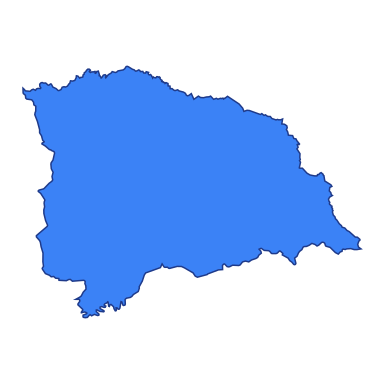 EA Hleo, Đắk Lắk, Vietnam (Mercator projection)
{"feature_id": "81297802B9030212335391", "entity_name": "EA Hleo", "entity_type": "district", "adm_level": 2, "iso_a3": "VNM", "parent_name": "Vietnam", "parent_adm1": "Đắk Lắk", "projection": "mercator", "projection_center": [108.186, 13.232], "detail": "fine", "context": "isolated", "style": "filled", "palette": "blue", "viewbox_px": 384, "rotation_deg": 0, "n_neighbors": 0, "source": "geoboundaries", "source_scale": "gbopen_adm2", "svg_char_len": 5793}
<svg xmlns="http://www.w3.org/2000/svg" viewBox="0 0 384 384"><path d="M260.4,114.5L249.3,110.5L247.0,110.3L243.9,111.4L242.7,108.2L239.1,104.0L227.5,96.3L224.8,98.4L224.0,98.2L223.6,99.0L222.4,98.2L221.3,98.6L220.4,98.3L217.9,99.2L216.4,98.3L213.6,99.3L210.6,96.1L209.1,96.8L206.3,97.0L203.5,97.7L200.5,97.5L198.4,96.1L193.9,99.3L191.3,93.6L188.9,95.4L187.4,95.8L186.3,95.1L185.4,93.3L183.5,92.1L179.0,90.9L177.7,89.8L175.0,90.6L173.6,90.0L172.1,88.6L170.2,88.7L170.0,86.1L168.1,85.9L168.0,83.5L166.2,82.7L165.1,83.4L164.9,82.6L163.3,82.4L163.2,81.8L161.7,81.5L162.1,80.4L160.8,79.6L160.0,78.4L160.1,77.5L159.1,76.8L158.4,77.2L157.5,76.7L156.7,76.7L155.8,77.9L153.9,77.5L153.3,77.0L152.7,77.9L152.5,77.1L151.7,76.5L151.5,75.5L150.5,74.5L149.3,74.9L148.6,74.5L148.1,73.2L148.6,72.4L146.2,71.7L145.6,73.1L143.6,72.9L142.8,71.4L140.4,71.6L139.8,70.5L138.8,69.9L136.6,71.0L135.5,71.1L134.0,69.7L132.7,69.4L128.3,66.7L127.1,66.3L126.1,66.6L124.7,68.8L123.2,69.9L118.0,70.9L116.5,72.2L115.3,72.5L112.2,71.6L111.1,73.1L108.3,74.7L105.8,77.8L105.5,77.2L106.1,75.5L105.2,74.7L103.4,75.1L101.6,77.8L101.1,78.0L100.2,76.0L99.2,75.7L99.4,74.7L98.3,71.1L96.8,71.5L96.3,72.7L95.5,73.3L95.1,73.1L95.3,71.8L95.0,71.4L93.5,71.9L91.8,71.9L90.5,72.5L89.3,71.7L89.5,71.1L90.4,70.6L90.4,70.2L89.4,69.2L87.9,69.1L86.5,70.3L85.7,71.8L84.3,72.7L84.0,74.4L83.1,74.9L82.8,77.0L81.7,77.4L80.9,77.3L79.7,78.1L77.9,76.1L76.4,75.8L76.1,77.9L74.8,80.4L72.6,81.1L70.5,80.8L69.7,83.4L68.9,83.9L67.4,86.2L65.3,87.1L64.1,86.7L62.2,87.2L61.0,89.6L58.9,90.6L58.1,90.5L56.1,88.6L52.9,87.1L51.3,84.1L50.6,83.9L48.8,85.2L48.2,85.2L45.7,83.0L43.6,83.1L42.1,82.5L40.7,83.0L39.7,84.2L39.8,86.2L40.8,87.8L40.5,88.5L37.9,88.4L36.5,88.9L35.5,90.3L33.2,89.2L31.6,89.9L30.1,91.3L25.7,90.9L25.0,90.6L24.7,89.8L23.0,88.2L23.1,92.8L23.4,93.6L25.4,95.3L25.7,98.1L26.8,99.1L31.7,99.8L33.5,102.1L33.9,104.9L35.8,106.2L35.7,111.2L35.1,112.7L34.8,114.7L37.4,121.4L39.6,129.7L39.6,132.8L41.5,135.8L42.7,140.3L44.1,141.6L43.8,142.3L42.2,143.0L41.9,143.9L45.4,146.1L49.4,149.6L50.8,149.8L51.2,150.4L54.0,151.6L54.6,153.0L53.0,160.0L51.1,162.9L50.9,164.3L51.3,168.8L53.1,172.3L52.0,176.5L52.7,179.9L51.9,181.2L49.1,183.3L44.2,188.4L43.5,188.9L39.0,190.1L38.2,190.9L38.3,191.5L40.7,193.4L44.7,199.6L44.8,200.5L44.3,201.6L44.1,203.2L44.6,206.8L43.8,209.9L43.9,213.6L45.6,220.6L47.6,225.2L47.2,226.4L36.4,235.6L36.4,236.9L39.7,240.7L40.4,242.5L41.1,246.7L43.0,253.0L42.9,261.8L43.5,266.3L42.2,268.3L42.5,269.3L45.4,273.6L49.5,275.3L51.2,276.8L53.7,276.5L55.6,278.2L58.8,278.5L59.0,280.3L66.3,280.7L68.8,279.5L70.3,279.4L72.4,281.2L83.5,280.3L84.5,280.6L85.2,281.6L84.9,283.6L85.8,285.8L86.0,289.1L83.2,292.2L81.3,295.9L79.7,297.2L75.8,299.3L79.2,299.4L79.8,300.2L79.6,301.6L78.1,303.6L77.9,304.8L82.6,309.3L82.8,310.0L81.3,312.2L81.4,312.8L84.5,312.0L85.8,312.3L86.9,313.1L86.5,313.8L83.1,315.1L83.0,316.5L83.3,317.3L85.2,317.7L87.4,317.4L89.2,315.3L90.2,314.7L91.6,315.8L94.4,314.4L97.5,315.5L98.7,315.3L99.0,314.8L98.8,313.9L96.3,311.6L96.3,310.0L97.0,309.9L99.8,311.4L103.7,311.8L104.1,311.3L103.9,310.7L100.5,308.8L100.0,308.2L100.1,307.1L101.6,306.6L104.2,307.4L105.3,307.2L105.8,306.1L104.3,305.4L104.3,304.5L104.9,303.8L106.8,302.9L107.7,301.8L108.1,302.1L108.7,306.2L109.4,306.5L110.1,304.6L111.1,304.5L113.5,306.7L114.0,308.7L115.2,310.8L115.8,310.9L116.3,310.3L116.1,307.8L117.1,307.9L118.1,309.2L119.1,309.2L119.9,308.1L121.0,301.6L121.8,301.9L122.9,305.1L123.6,305.5L124.9,305.1L125.3,304.1L125.1,299.5L125.6,298.9L126.5,298.2L130.4,297.4L131.9,296.4L133.4,294.5L138.2,291.5L139.3,288.3L139.2,286.8L142.3,281.1L144.3,275.0L145.7,272.9L160.4,267.6L162.1,263.9L164.1,267.0L164.9,267.3L167.4,267.2L168.8,268.3L169.6,268.4L177.2,266.4L181.5,266.5L184.5,267.9L193.1,272.9L195.2,276.1L197.4,277.2L207.1,274.6L207.8,273.9L218.4,269.9L222.6,269.6L222.5,265.5L223.3,264.4L224.0,264.0L224.6,264.0L227.1,266.6L228.5,266.9L229.7,266.7L232.6,265.2L238.8,265.5L240.2,264.9L242.4,262.1L243.2,261.7L245.5,261.1L248.8,261.9L251.5,260.0L255.9,258.5L257.7,257.4L258.8,255.2L261.3,253.2L260.9,251.3L259.1,249.2L260.8,248.4L261.4,248.4L264.2,250.4L268.6,250.7L269.7,251.3L271.4,253.4L272.5,253.6L276.0,253.6L277.3,253.1L279.4,251.0L280.4,251.2L282.8,253.4L282.3,254.9L288.1,258.1L289.7,260.6L291.9,262.2L293.7,264.4L294.5,264.7L295.4,264.4L295.9,263.3L294.6,258.1L297.0,256.3L298.6,252.7L299.7,251.3L301.9,249.6L303.0,247.3L303.9,246.6L306.6,246.4L309.3,245.2L311.9,243.4L315.1,244.5L317.0,246.0L318.7,245.2L321.7,242.4L322.9,242.2L324.1,242.7L324.7,243.2L325.5,245.7L326.0,246.2L330.1,247.4L335.4,252.6L338.3,254.1L340.3,251.9L342.0,251.4L342.3,249.7L343.1,249.1L345.2,249.5L346.6,248.9L350.8,248.6L354.2,249.6L356.8,249.6L361.0,248.9L358.5,247.1L357.7,244.4L358.8,241.2L359.9,240.2L359.9,239.4L357.4,237.2L355.3,237.1L349.2,231.6L346.9,230.4L344.8,228.0L342.1,227.2L341.4,225.6L339.3,223.8L336.8,220.0L335.4,218.7L335.0,216.9L333.3,215.1L332.4,211.9L333.0,210.4L332.3,209.8L332.5,208.5L331.6,207.5L332.0,206.9L331.9,206.1L331.1,205.9L330.8,205.2L329.6,204.4L329.4,203.6L329.8,202.3L329.0,201.2L328.5,199.1L329.7,197.1L332.4,195.5L331.3,194.7L330.8,192.6L329.3,190.9L329.8,187.4L331.9,186.4L330.9,184.8L324.8,181.0L323.9,175.6L323.4,175.4L323.0,174.2L321.1,172.6L319.7,173.4L318.8,174.5L317.5,174.6L317.3,175.6L316.7,175.9L314.7,175.9L310.1,175.0L307.0,173.2L302.4,168.2L299.8,168.2L299.3,167.9L300.5,162.2L299.5,160.6L300.3,159.6L299.8,157.6L300.0,153.7L296.9,148.9L298.1,147.3L297.2,144.5L297.9,144.2L299.0,144.6L299.5,144.0L296.8,140.6L296.0,138.9L293.8,138.5L292.6,135.6L288.4,135.2L287.7,131.9L286.4,129.6L287.2,127.8L286.8,125.8L284.6,124.3L281.8,123.9L282.6,119.0L280.6,119.8L278.4,119.8L277.6,119.4L276.0,119.9L271.9,118.5L270.3,116.5L267.7,116.4L265.4,114.8L264.0,115.4L261.8,113.6L260.4,114.5Z" fill="#3b82f6" stroke="#1e3a8a" stroke-width="1.5"/></svg>